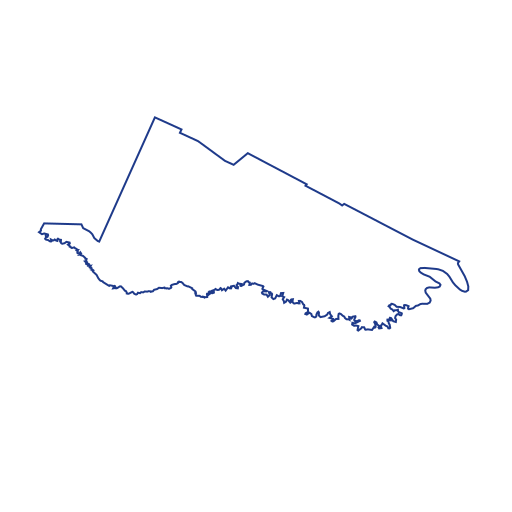 General Manuel Belgrano, Misiones, Argentina (Equal Earth projection), rotated 115°
{"feature_id": "61730980B47006381015187", "entity_name": "General Manuel Belgrano", "entity_type": "district", "adm_level": 2, "iso_a3": "ARG", "parent_name": "Argentina", "parent_adm1": "Misiones", "projection": "equal_earth", "projection_center": [-53.829, -25.979], "detail": "fine", "context": "isolated", "style": "outline", "palette": "blue", "viewbox_px": 512, "rotation_deg": 115, "n_neighbors": 0, "source": "geoboundaries", "source_scale": "gbopen_adm2", "svg_char_len": 6114}
<svg xmlns="http://www.w3.org/2000/svg" viewBox="0 0 512 512"><g transform="rotate(115 256 256)"><path d="M173.1,406.2L309.2,404.2L309.3,405.8L308.1,410.1L305.5,413.5L304.7,415.5L304.1,417.6L303.8,424.4L301.1,427.6L316.0,461.8L322.7,462.3L323.9,461.6L326.1,462.7L326.7,459.2L325.1,457.5L324.4,453.7L325.2,453.1L326.8,453.1L327.0,453.6L326.6,455.0L327.8,454.2L329.5,454.4L329.9,453.2L329.4,451.2L329.8,449.0L329.5,447.9L329.0,447.6L327.7,448.7L327.8,447.0L327.4,446.0L326.1,445.4L326.5,443.6L326.3,442.5L324.8,443.1L324.0,442.8L324.3,441.1L323.8,439.6L324.9,439.1L325.6,439.6L326.7,437.9L326.8,436.8L325.3,434.9L323.3,433.8L322.6,430.6L323.3,430.1L325.2,431.2L325.5,429.9L325.4,429.4L326.3,428.8L326.0,427.9L326.5,427.3L326.6,426.3L325.0,424.4L325.5,423.0L325.4,421.7L325.8,421.0L325.7,420.1L326.8,420.8L327.0,419.5L328.6,419.3L328.9,418.8L328.1,417.0L326.9,416.8L327.6,415.6L329.1,416.2L328.7,415.6L329.3,415.2L329.0,412.9L329.9,409.9L330.6,409.5L330.3,408.3L332.3,407.8L333.1,408.8L333.3,408.3L332.8,407.8L333.0,406.4L333.4,406.2L334.1,407.1L335.0,406.6L335.0,405.5L334.0,404.6L334.0,403.7L334.3,403.3L334.7,404.1L335.8,404.0L335.2,402.2L336.2,402.6L335.2,401.7L336.5,401.8L336.3,400.7L336.7,400.8L336.7,400.1L337.2,399.5L337.6,397.9L338.0,398.4L338.0,397.6L338.6,397.7L339.0,397.2L340.5,392.5L342.8,389.5L343.8,387.5L344.1,386.5L343.8,384.3L344.3,383.5L345.1,376.9L345.1,376.4L344.3,376.1L343.6,373.2L343.7,372.3L342.9,371.7L342.9,371.2L343.5,371.1L344.2,371.8L345.7,371.8L344.7,370.4L344.7,370.0L343.8,369.7L344.2,368.8L343.7,368.2L341.1,366.6L340.6,365.6L341.5,362.9L342.9,360.1L342.7,359.3L343.7,357.7L344.6,357.3L344.3,355.9L343.7,355.2L340.7,352.9L340.8,352.0L341.7,350.3L341.6,348.4L340.7,347.6L339.2,347.5L338.7,345.4L337.3,344.8L336.6,342.8L335.2,341.9L334.2,339.4L333.3,338.5L332.5,336.3L332.8,336.1L331.5,334.5L329.7,334.1L327.8,331.7L325.8,330.5L324.7,327.4L323.3,325.6L323.8,325.0L323.1,323.6L323.2,323.2L322.6,322.5L322.5,321.0L320.9,319.6L320.1,319.5L318.9,320.6L317.8,320.1L315.9,318.0L314.9,316.3L313.6,315.4L312.9,315.6L312.8,315.2L311.7,314.9L311.8,314.1L311.2,312.8L311.4,311.4L312.6,308.8L312.5,305.2L312.1,304.5L312.2,300.2L312.9,299.8L313.7,295.9L314.3,295.2L315.2,295.5L315.5,294.5L316.5,294.4L317.3,293.4L315.9,290.3L316.3,288.8L315.7,287.1L315.3,287.0L315.4,285.5L315.0,285.6L314.7,284.3L313.8,282.9L312.9,283.4L312.0,283.0L311.6,284.2L310.9,284.4L310.4,283.5L310.5,282.3L309.0,281.4L308.5,283.5L307.9,283.3L307.1,281.8L308.2,279.9L307.1,278.7L306.4,278.9L305.7,280.8L304.0,279.1L303.0,278.8L303.2,276.8L302.6,275.7L301.9,275.0L300.1,274.6L300.2,273.8L301.4,272.4L299.1,271.0L300.2,268.9L296.2,268.1L296.5,266.4L295.9,264.9L295.2,264.9L295.0,265.8L294.2,265.9L292.3,263.4L293.6,260.7L293.0,258.8L291.7,259.2L291.4,260.4L290.6,261.3L289.5,260.9L288.2,261.0L288.3,260.0L287.6,257.6L288.8,258.0L289.6,257.4L289.5,256.8L286.9,254.8L285.3,255.2L283.6,254.4L282.6,253.5L282.2,252.6L282.8,251.8L282.7,250.4L285.0,249.8L284.2,248.4L282.5,247.9L282.2,246.4L281.2,245.7L281.2,242.3L280.3,237.0L280.5,236.4L282.9,236.4L283.4,236.0L283.2,231.4L283.7,231.6L284.6,233.8L285.6,234.9L286.8,235.1L287.4,234.4L287.5,232.4L286.5,230.1L287.9,228.0L285.4,227.0L283.3,229.1L282.7,227.7L283.4,227.1L283.3,225.9L283.7,225.3L286.9,224.4L287.7,222.0L286.3,220.7L282.7,220.6L282.9,218.6L282.6,217.8L282.0,217.2L279.1,217.7L278.0,215.7L281.4,215.2L281.4,213.1L283.9,213.5L285.0,211.8L286.5,210.7L284.7,209.5L282.4,209.5L282.4,208.3L283.8,205.2L283.0,204.8L282.0,205.8L281.0,205.9L280.4,205.6L279.6,204.3L281.7,203.8L282.6,202.9L283.0,201.3L281.1,198.8L281.1,197.6L280.6,196.6L278.6,198.1L278.0,196.9L278.3,194.8L279.9,192.7L279.9,191.8L280.5,191.2L282.6,190.7L281.7,186.7L284.1,185.5L285.3,185.6L286.9,186.8L287.7,186.8L287.6,185.2L284.8,183.6L285.2,181.3L286.8,180.0L286.9,177.1L286.5,176.4L285.4,175.8L283.5,176.5L281.2,176.5L280.1,175.9L280.6,175.1L283.3,174.0L284.1,171.7L281.6,168.3L279.0,166.7L277.3,166.7L275.7,165.5L277.5,164.1L278.6,161.8L281.0,163.2L280.4,159.4L280.9,159.1L282.9,160.1L283.1,159.1L282.4,158.2L279.2,156.8L278.2,154.7L275.5,156.1L273.5,156.6L272.8,156.1L272.7,154.6L273.5,152.1L273.6,150.4L274.6,149.2L275.1,147.2L274.2,145.2L274.3,144.3L271.9,145.8L271.6,144.4L272.5,143.9L272.5,143.2L271.4,142.8L271.0,143.2L270.1,142.7L268.6,140.5L269.1,140.1L272.1,140.1L273.0,139.5L273.2,138.5L272.7,138.1L272.4,136.9L270.7,135.5L270.5,134.8L270.9,134.4L274.9,137.6L275.5,138.6L275.8,140.4L277.5,139.9L277.8,137.6L276.7,135.8L276.3,133.6L280.2,132.7L280.4,131.8L277.0,130.0L275.8,130.0L274.9,127.8L276.5,126.0L276.5,125.5L275.2,123.6L274.0,119.6L270.4,119.0L270.7,118.0L269.6,117.6L267.1,119.4L266.0,120.9L265.2,120.7L265.3,118.8L266.9,117.1L267.2,115.3L268.0,114.3L268.9,114.8L269.6,113.8L268.3,111.8L266.3,113.5L265.5,113.0L263.6,112.9L264.4,108.7L264.3,107.1L265.6,105.5L265.2,104.4L264.4,104.0L261.7,105.9L261.0,107.1L259.3,108.3L259.2,109.5L258.1,110.0L257.5,108.9L257.4,106.7L256.6,106.9L256.5,108.1L255.9,108.5L255.4,108.5L255.2,107.3L257.1,104.1L256.7,101.4L254.4,102.1L253.5,103.7L251.5,104.1L249.4,103.5L248.5,102.6L248.8,100.4L248.3,99.3L246.7,99.4L246.3,99.7L246.5,103.0L246.0,103.9L244.7,104.7L245.9,105.9L246.5,107.3L247.8,107.9L246.9,109.7L246.8,111.7L245.8,113.2L245.5,114.6L244.2,114.3L243.8,113.3L242.1,113.1L241.8,112.1L241.7,109.6L242.6,107.1L241.3,103.8L241.1,99.9L240.5,99.5L238.1,101.0L237.5,100.4L237.1,98.9L237.0,96.5L239.1,96.2L239.6,95.6L239.6,94.9L236.9,91.5L233.6,90.0L232.4,88.3L230.1,86.7L229.0,85.1L227.0,80.6L224.8,78.9L222.6,78.9L221.0,80.0L217.5,86.7L215.8,88.0L214.4,88.2L212.7,87.5L211.2,85.7L209.2,80.5L207.4,77.7L206.0,76.6L204.2,76.6L203.3,78.2L203.2,82.5L201.4,89.8L201.8,96.3L201.4,99.7L200.8,101.5L199.7,102.5L198.9,102.6L197.5,101.8L195.5,98.0L191.6,87.2L191.0,85.1L190.5,80.3L191.5,75.1L193.0,72.0L196.7,66.4L198.3,63.0L200.2,57.1L200.5,54.6L200.1,51.6L199.5,50.6L197.3,49.3L193.9,50.7L190.2,53.8L186.1,58.3L178.2,69.3L177.1,70.0L175.0,69.6L174.9,120.7L171.5,198.1L173.8,199.3L173.2,202.6L171.4,240.8L169.6,240.4L166.3,306.9L182.8,314.8L182.9,324.3L176.4,357.0L176.5,377.0L172.8,377.0L173.1,406.2Z" fill="none" stroke="#1e3a8a" stroke-width="2"/></g></svg>